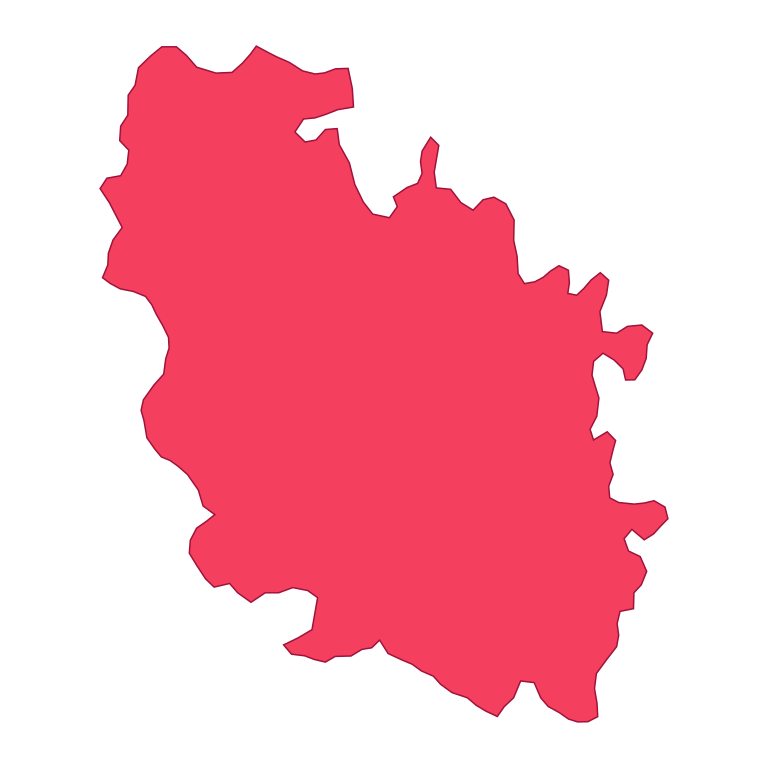 the district of Lagoa Santa, Minas Gerais, Brazil
{"feature_id": "56859067B90713755743742", "entity_name": "Lagoa Santa", "entity_type": "district", "adm_level": 2, "iso_a3": "BRA", "parent_name": "Brazil", "parent_adm1": "Minas Gerais", "projection": "natural_earth1", "projection_center": [-43.878, -19.626], "detail": "fine", "context": "isolated", "style": "filled", "palette": "rose", "viewbox_px": 768, "rotation_deg": 0, "n_neighbors": 0, "source": "geoboundaries", "source_scale": "gbopen_adm2", "svg_char_len": 2690}
<svg xmlns="http://www.w3.org/2000/svg" viewBox="0 0 768 768"><path d="M189.3,553.2L196.8,565.5L205.6,578.9L214.1,587.1L229.6,583.5L237.7,592.8L251.0,602.3L265.2,592.8L278.6,592.8L292.8,587.6L307.6,590.5L317.6,597.6L312.0,629.6L298.2,637.8L283.6,644.9L291.5,654.2L304.7,655.8L314.1,659.4L325.3,662.1L335.3,656.4L351.0,656.0L361.9,649.4L371.7,647.8L379.6,640.1L388.1,653.5L402.3,660.1L412.1,664.2L421.5,671.0L433.4,676.2L440.7,684.4L452.0,692.6L467.4,697.8L476.2,705.3L486.0,711.2L497.3,716.5L504.2,706.7L513.6,697.8L520.6,681.0L534.2,682.6L540.7,697.8L548.2,706.5L559.3,712.6L568.4,719.0L577.6,721.9L587.9,721.7L597.7,716.7L597.0,703.3L594.5,688.5L596.4,673.5L606.4,659.9L616.6,646.7L618.7,635.3L617.1,623.7L620.0,611.4L633.5,608.7L633.9,592.8L641.3,584.8L646.7,571.4L640.2,556.6L628.5,551.0L624.1,538.7L631.9,529.4L644.2,539.8L653.6,533.9L660.4,526.4L667.9,518.7L665.0,507.1L654.0,500.7L644.6,503.0L634.2,504.1L618.7,502.5L609.7,497.8L608.7,486.2L613.1,474.4L609.9,462.8L612.7,451.2L615.6,440.5L607.2,431.8L593.5,440.0L590.1,429.3L596.8,416.2L598.9,398.0L595.1,385.7L592.0,375.2L593.6,361.4L603.0,353.2L614.1,360.0L623.1,368.9L625.6,380.0L634.8,379.8L641.8,370.0L646.2,358.4L647.1,344.8L652.7,333.2L641.8,325.0L627.4,326.4L616.6,333.2L602.4,331.6L599.9,311.6L606.4,295.2L608.7,280.2L600.3,272.7L591.1,280.0L584.1,288.2L576.7,295.2L567.8,293.4L569.4,282.9L568.4,270.2L559.0,265.7L550.7,270.9L543.2,277.3L534.8,281.8L524.4,283.6L518.1,273.6L517.1,256.4L513.7,240.4L514.1,220.0L505.8,203.8L493.9,197.2L483.1,199.7L473.1,210.2L460.8,202.5L450.7,189.3L436.3,187.9L434.2,172.2L438.8,145.4L430.7,137.2L422.1,151.1L420.5,161.6L422.1,173.4L417.6,183.4L407.1,187.5L393.4,196.8L397.3,206.6L389.4,217.7L372.7,214.1L363.3,202.0L354.8,184.5L349.4,162.9L339.3,144.7L337.2,128.6L325.4,129.5L316.0,140.0L305.1,142.0L294.9,132.0L303.5,119.0L314.9,117.9L325.4,114.5L337.7,109.7L353.5,107.0L352.3,88.4L348.1,68.4L335.6,68.8L324.5,72.9L315.1,74.0L302.6,70.9L289.3,62.4L276.6,56.8L267.2,52.0L256.3,46.1L250.3,54.3L242.5,63.1L232.1,72.4L216.0,73.1L196.7,67.2L186.4,55.4L176.4,46.8L161.8,46.8L150.5,56.1L138.5,67.7L135.1,85.2L128.2,95.2L127.8,115.2L120.7,126.1L119.7,140.6L128.8,150.2L127.2,164.1L120.7,175.7L106.9,178.2L100.1,188.6L109.4,202.7L116.3,216.1L122.2,227.5L113.0,240.0L108.4,253.2L107.8,265.0L102.5,277.7L110.5,283.6L120.3,288.9L133.2,291.4L145.5,296.4L151.8,304.8L156.2,314.1L162.8,325.7L168.5,337.3L169.1,348.0L165.7,358.9L163.7,374.1L153.8,385.2L143.4,399.8L141.1,410.3L144.0,420.7L146.9,437.8L154.7,448.9L161.3,456.9L170.1,460.5L178.0,466.2L187.4,474.4L198.3,490.0L203.1,506.0L214.8,514.6L206.0,521.6L196.6,528.2L190.3,540.3L189.3,553.2Z" fill="#f43f5e" stroke="#9f1239" stroke-width="1.5"/></svg>